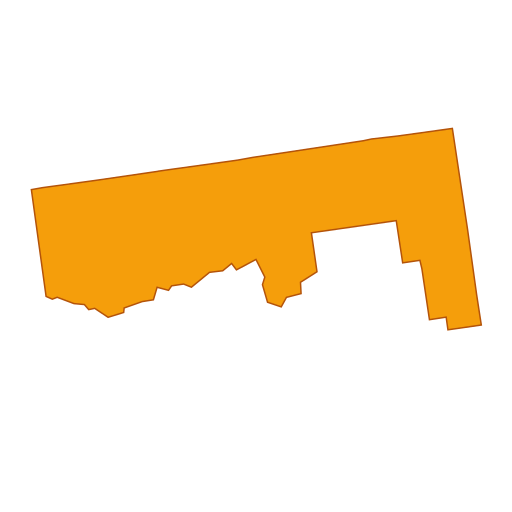 the district of Daggett, Utah, United States of America, rotated 352°
{"feature_id": "52423323B11713615071349", "entity_name": "Daggett", "entity_type": "district", "adm_level": 2, "iso_a3": "USA", "parent_name": "United States of America", "parent_adm1": "Utah", "projection": "equal_earth", "projection_center": [-109.574, 40.832], "detail": "fine", "context": "isolated", "style": "filled", "palette": "amber", "viewbox_px": 512, "rotation_deg": 352, "n_neighbors": 0, "source": "geoboundaries", "source_scale": "gbopen_adm2", "svg_char_len": 844}
<svg xmlns="http://www.w3.org/2000/svg" viewBox="0 0 512 512"><g transform="rotate(352 256 256)"><path d="M42.5,266.8L48.3,270.4L53.4,269.2L69.1,277.8L79.3,280.2L82.9,285.8L89.0,285.4L101.0,296.1L117.1,293.5L118.2,289.1L137.0,285.3L148.3,285.1L153.7,273.2L164.6,277.8L168.3,273.8L180.4,273.7L187.7,277.9L207.7,265.7L221.0,266.0L230.8,260.0L234.7,267.0L255.5,259.4L261.8,278.1L258.4,285.3L261.0,303.4L273.9,309.9L280.4,301.2L295.4,299.5L296.4,288.2L314.2,280.1L314.1,240.7L399.8,240.5L400.3,283.2L417.7,283.1L418.5,291.6L418.9,343.2L435.8,343.0L435.8,355.8L469.5,355.7L469.1,325.1L469.2,259.5L468.2,157.0L412.9,156.9L386.8,156.2L378.4,156.8L266.5,157.9L251.2,158.5L247.3,158.5L187.9,158.4L171.1,158.4L170.4,158.5L108.3,158.8L107.8,158.8L54.0,158.6L43.1,159.0L42.8,159.0L42.5,266.8Z" fill="#f59e0b" stroke="#b45309" stroke-width="1.5"/></g></svg>